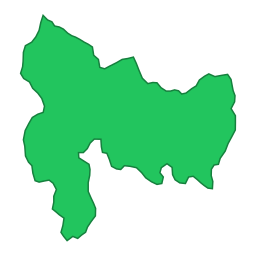 Rosário da Limeira, Minas Gerais, Brazil
{"feature_id": "56859067B49695156300233", "entity_name": "Rosário da Limeira", "entity_type": "district", "adm_level": 2, "iso_a3": "BRA", "parent_name": "Brazil", "parent_adm1": "Minas Gerais", "projection": "equal_earth", "projection_center": [-42.512, -20.982], "detail": "fine", "context": "isolated", "style": "filled", "palette": "green", "viewbox_px": 256, "rotation_deg": 0, "n_neighbors": 0, "source": "geoboundaries", "source_scale": "gbopen_adm2", "svg_char_len": 1885}
<svg xmlns="http://www.w3.org/2000/svg" viewBox="0 0 256 256"><path d="M20.6,73.4L23.7,78.5L29.5,82.0L32.7,88.3L37.8,93.1L41.8,98.5L44.5,106.2L43.2,112.4L37.8,114.2L32.3,117.5L28.9,123.4L25.2,130.5L23.4,139.8L24.8,146.3L25.5,156.0L28.5,162.1L31.9,165.7L32.9,173.2L35.1,180.7L39.1,182.1L44.2,181.0L49.1,180.1L53.1,183.2L56.4,189.5L53.8,196.2L53.8,202.1L52.4,209.0L56.0,211.9L59.2,214.7L64.0,218.1L62.9,225.5L61.0,232.4L63.7,236.4L67.1,240.6L72.8,236.4L77.7,238.4L81.5,235.1L85.6,232.2L87.5,227.0L91.1,221.6L95.4,215.9L95.6,208.4L93.5,203.2L90.9,197.7L88.2,191.5L88.2,182.6L89.7,175.4L90.0,169.5L89.0,164.3L84.1,161.2L78.8,157.8L78.5,152.6L83.3,152.6L87.3,148.6L90.1,143.1L94.2,139.1L100.9,139.2L101.4,146.9L102.5,152.4L106.9,153.3L109.4,159.5L111.6,166.3L116.5,168.9L120.7,169.5L124.4,165.7L130.1,166.3L136.5,167.7L141.7,172.7L145.7,177.8L151.5,181.8L157.0,184.4L161.8,183.5L163.3,177.0L159.9,172.7L161.3,167.7L167.0,163.7L172.1,167.4L172.6,174.7L175.1,179.8L179.8,182.9L185.4,183.5L188.6,177.0L193.2,176.3L197.2,179.5L200.9,182.9L204.3,185.6L207.9,188.1L212.4,188.7L212.8,181.5L211.2,175.6L211.4,169.2L214.1,165.0L218.4,164.3L220.2,158.3L225.2,151.1L228.1,143.5L232.0,136.3L235.3,130.0L235.4,122.8L235.4,115.7L231.1,108.6L234.6,101.8L235.0,95.7L233.1,90.6L232.0,84.8L231.0,79.4L227.6,74.4L222.0,75.3L214.9,76.6L208.8,73.9L204.6,76.2L199.4,80.0L196.2,85.9L191.8,88.6L186.0,93.1L181.7,94.0L178.6,90.8L174.6,89.9L170.4,91.1L166.2,91.1L161.0,87.7L157.0,82.8L152.9,82.5L147.8,83.6L142.3,78.2L138.8,69.9L136.3,63.4L133.4,57.1L127.8,58.5L122.2,59.4L116.5,62.7L109.9,66.0L104.7,68.8L99.8,67.4L98.4,59.4L93.7,55.3L92.4,47.0L88.2,44.2L84.1,42.1L79.6,39.3L75.5,37.1L71.7,35.7L67.6,33.1L63.4,29.1L59.3,27.0L54.6,26.0L51.9,21.8L47.5,19.9L43.1,15.4L40.8,22.5L39.1,30.4L35.9,36.8L31.7,42.2L25.4,45.7L23.4,52.3L23.1,61.4L22.6,66.8L20.6,73.4Z" fill="#22c55e" stroke="#15803d" stroke-width="1.5"/></svg>